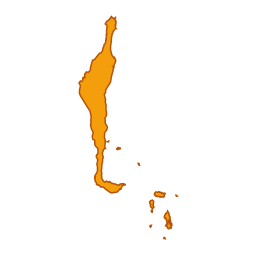 the district of Antique, Antique, Philippines, rotated 179°
{"feature_id": "2640588B32523752073662", "entity_name": "Antique", "entity_type": "district", "adm_level": 2, "iso_a3": "PHL", "parent_name": "Philippines", "parent_adm1": "Antique", "projection": "equal_earth", "projection_center": [121.674, 11.308], "detail": "fine", "context": "isolated", "style": "filled", "palette": "amber", "viewbox_px": 256, "rotation_deg": 179, "n_neighbors": 0, "source": "geoboundaries", "source_scale": "gbopen_adm2", "svg_char_len": 5586}
<svg xmlns="http://www.w3.org/2000/svg" viewBox="0 0 256 256"><g transform="rotate(179 128 128)"><path d="M131.7,71.3L131.8,71.6L132.7,72.1L134.3,72.4L135.4,72.3L135.7,72.0L136.6,72.2L137.5,71.7L137.6,71.3L138.5,70.9L139.3,71.3L139.7,71.2L140.8,71.7L141.3,72.2L142.9,72.3L143.9,72.9L144.9,72.8L146.0,73.5L147.2,74.8L147.6,74.6L147.9,74.0L148.3,74.0L150.3,75.3L151.2,74.9L151.7,74.3L152.1,74.3L152.9,74.8L153.9,76.0L154.9,77.6L155.3,79.2L155.1,79.8L155.4,81.4L154.9,83.0L155.4,84.7L155.4,86.1L155.0,87.9L154.9,91.0L154.7,91.8L154.6,92.9L154.1,94.3L154.0,96.5L153.3,99.2L153.9,102.0L154.0,103.6L152.8,106.9L151.5,107.9L150.8,107.9L150.9,108.3L151.4,109.0L151.6,110.4L150.7,115.2L151.0,115.3L150.8,115.5L151.8,119.5L151.4,123.3L151.0,124.5L149.4,126.2L148.6,129.0L148.9,130.0L150.9,133.7L150.5,135.5L151.0,138.0L149.2,141.2L149.4,142.1L149.1,142.5L149.7,147.4L149.5,151.4L150.3,154.4L149.9,157.1L150.4,158.4L151.1,162.1L149.8,163.9L149.8,165.7L149.6,166.3L148.0,169.3L146.0,172.0L144.6,174.5L143.8,179.1L142.8,182.9L142.1,184.7L142.0,185.8L141.2,189.1L141.4,189.2L141.2,189.3L141.4,189.4L141.1,189.3L141.1,189.6L141.4,189.8L141.1,189.8L140.9,191.2L139.9,193.0L139.4,194.7L139.0,195.4L140.0,198.3L140.4,198.8L140.6,198.4L141.2,198.7L142.9,201.4L144.1,206.4L144.1,207.8L143.8,211.7L143.1,215.2L143.2,216.6L142.8,219.2L142.2,222.0L141.3,224.4L140.4,225.7L139.2,227.1L139.0,227.6L138.2,227.6L138.6,228.1L138.6,229.0L138.9,230.0L138.9,230.6L138.6,230.7L138.4,231.1L138.7,231.9L138.2,232.5L138.4,233.4L138.1,234.8L138.6,234.9L138.8,235.7L138.7,236.3L139.3,237.0L140.1,237.4L141.0,238.3L142.7,238.9L142.3,239.4L142.5,239.8L143.0,239.5L142.8,238.9L143.2,238.7L143.3,238.3L144.3,237.8L144.8,236.8L145.7,236.2L146.0,235.6L147.1,235.3L148.9,232.7L148.9,232.3L147.3,231.1L147.2,229.8L147.8,225.1L147.6,222.6L147.8,222.6L147.8,222.0L148.0,222.0L148.2,220.7L147.9,220.1L148.0,219.7L147.9,219.4L148.3,218.4L148.3,217.1L148.5,217.2L148.9,214.3L149.3,212.8L150.5,211.8L150.4,211.0L150.7,210.6L150.8,209.9L151.7,208.4L152.1,205.7L153.9,203.3L154.9,203.4L156.8,201.4L160.3,197.0L162.3,196.4L164.5,188.9L164.6,186.6L166.8,184.3L168.6,184.8L169.5,183.2L169.9,183.4L170.4,182.3L170.5,181.4L170.1,179.1L172.0,179.4L172.5,178.1L172.1,177.5L172.2,177.1L173.5,175.3L174.6,175.7L174.6,175.3L175.0,175.3L176.0,174.4L176.0,173.3L175.4,172.4L174.9,171.3L175.2,169.2L175.6,167.9L176.0,164.2L175.6,162.5L174.5,160.2L165.7,145.5L164.6,140.0L165.0,136.4L165.0,132.4L165.5,131.6L165.0,130.3L164.9,129.1L164.6,127.8L163.1,124.9L162.9,123.6L162.9,123.2L163.3,122.6L163.8,120.9L163.9,119.6L163.2,117.1L161.8,116.5L161.5,116.1L161.5,112.4L161.0,110.8L158.5,108.0L158.4,104.6L158.6,103.4L159.4,101.6L159.7,101.7L160.0,101.0L160.3,100.1L158.9,96.9L159.2,94.2L159.8,92.2L159.5,91.2L159.2,89.3L159.2,88.0L159.3,87.7L159.2,86.6L159.5,84.7L161.8,81.0L162.1,79.7L162.1,78.6L161.7,78.8L162.0,77.2L161.7,75.2L161.1,74.7L160.9,74.1L160.4,73.4L160.5,72.2L159.0,71.3L158.2,71.5L157.9,71.4L157.1,70.2L156.1,69.4L155.4,69.4L154.6,69.7L153.0,68.7L151.9,67.6L148.1,64.7L146.7,63.8L145.2,63.4L139.9,64.2L137.9,66.2L137.4,67.2L136.5,66.7L136.2,66.9L134.8,70.4L131.7,71.3ZM89.1,26.5L88.6,26.8L88.1,26.8L87.2,27.8L86.7,27.7L86.5,27.2L86.4,27.3L86.6,29.0L86.2,29.2L86.1,29.7L86.4,29.9L86.6,29.4L86.8,29.7L86.3,30.2L86.1,30.0L85.8,30.1L86.0,31.1L85.7,31.0L86.1,31.4L85.6,31.2L86.1,31.7L86.3,31.4L86.1,31.1L86.2,30.9L86.3,31.2L86.4,31.6L87.1,31.7L87.3,31.5L87.5,33.7L88.3,32.4L88.3,32.9L89.1,33.3L89.1,34.1L88.7,34.6L88.1,34.6L88.2,35.1L87.9,34.9L87.6,35.1L87.6,35.3L87.1,35.0L87.1,35.3L86.6,35.2L87.5,35.4L87.4,35.7L87.7,36.6L87.4,38.1L87.6,38.3L87.8,38.2L87.9,38.5L88.0,39.4L88.4,39.8L88.4,41.0L88.7,41.4L88.7,42.3L89.8,44.1L89.9,43.6L90.9,42.6L91.0,42.0L91.5,42.0L92.0,41.5L92.1,41.0L92.5,40.8L92.9,39.2L93.2,39.0L93.3,38.4L93.0,37.3L92.4,36.9L91.9,37.2L91.5,35.6L91.2,35.4L91.4,35.3L91.1,35.3L90.6,32.4L90.5,32.2L90.3,32.8L90.1,32.7L90.5,31.5L90.5,32.1L90.6,31.5L91.1,32.1L91.3,32.2L90.6,31.4L91.0,30.7L91.3,29.9L92.0,30.1L92.1,29.8L91.4,29.7L91.4,29.0L90.2,28.5L90.3,28.0L89.9,26.9L89.1,26.5ZM96.4,58.4L94.7,58.4L94.6,58.7L93.8,58.3L93.3,58.4L92.7,60.3L92.8,60.7L92.6,60.6L92.3,61.1L92.0,62.0L92.1,62.5L92.1,62.3L92.2,62.2L93.1,62.2L93.2,61.9L94.0,61.8L94.3,61.5L94.1,62.1L94.4,62.3L95.0,62.5L95.1,62.1L95.6,62.0L95.8,63.0L97.5,63.2L97.5,63.4L98.0,63.7L98.5,63.7L98.8,63.4L99.4,63.2L101.4,63.6L101.8,62.8L102.3,62.7L102.8,61.4L102.8,61.0L101.9,59.9L101.4,59.7L101.2,59.2L99.8,59.3L99.5,59.0L99.2,59.1L98.1,58.8L97.7,59.0L97.5,58.8L97.5,58.5L96.9,58.4L96.7,58.6L96.4,58.4ZM105.0,47.1L104.8,47.4L103.7,47.8L103.5,48.4L103.6,49.1L104.1,49.4L104.3,50.1L103.7,53.3L103.7,54.2L104.2,55.0L104.9,55.5L106.7,54.9L107.7,53.8L107.5,52.2L106.9,51.4L106.6,50.8L106.8,50.3L107.0,50.2L106.9,49.6L106.3,48.3L105.4,47.5L105.5,47.3L105.4,47.4L105.0,47.1ZM139.2,106.6L136.0,107.4L135.9,107.7L136.1,108.1L138.3,108.7L139.7,107.3L139.6,106.9L139.2,106.6ZM107.2,28.4L106.8,28.9L106.3,30.3L107.3,30.2L107.8,29.8L107.7,28.9L107.2,28.4ZM105.5,43.3L105.3,43.3L105.1,44.2L105.3,44.4L105.2,45.1L105.1,45.3L105.2,45.9L105.5,45.1L106.1,45.2L106.2,44.7L106.2,44.3L105.5,43.3ZM117.2,90.6L117.7,91.8L117.6,92.3L118.4,92.5L118.3,91.7L118.0,91.1L117.6,90.6L117.2,90.6ZM94.1,16.2L93.8,17.0L92.8,16.7L93.3,17.9L93.8,17.9L94.0,17.6L94.1,16.2ZM80.4,58.8L80.0,59.0L80.6,59.2L81.1,59.9L81.2,59.6L81.0,59.2L80.4,58.8ZM148.3,114.3L147.6,114.6L147.5,115.3L147.9,115.1L148.1,114.7L148.7,114.6L148.3,114.3ZM138.7,238.1L138.4,238.4L138.7,238.8L139.0,238.3L138.7,238.1ZM87.0,32.5L86.7,32.7L86.8,33.0L87.2,33.1L87.1,32.7L87.0,32.5Z" fill="#f59e0b" stroke="#b45309" stroke-width="1.5"/></g></svg>